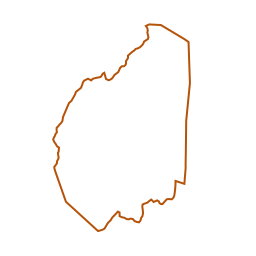 outline of São Tomé, Rio Grande do Norte, Brazil, rotated 164°
{"feature_id": "56859067B14389226349371", "entity_name": "São Tomé", "entity_type": "district", "adm_level": 2, "iso_a3": "BRA", "parent_name": "Brazil", "parent_adm1": "Rio Grande do Norte", "projection": "natural_earth1", "projection_center": [-36.104, -5.997], "detail": "fine", "context": "isolated", "style": "outline", "palette": "amber", "viewbox_px": 256, "rotation_deg": 164, "n_neighbors": 0, "source": "geoboundaries", "source_scale": "gbopen_adm2", "svg_char_len": 1785}
<svg xmlns="http://www.w3.org/2000/svg" viewBox="0 0 256 256"><g transform="rotate(164 128 128)"><path d="M208.0,74.2L199.9,61.1L185.2,37.2L180.7,37.2L178.4,37.7L173.6,42.2L171.4,43.4L170.0,44.2L168.0,46.1L166.6,47.0L164.6,48.1L163.1,49.0L160.8,50.4L159.4,49.2L160.4,45.6L158.4,43.9L156.5,42.9L154.2,40.7L152.4,40.0L150.5,40.2L148.4,39.1L147.3,36.7L145.5,35.3L143.4,34.3L141.5,35.6L140.1,38.0L138.5,39.2L137.8,40.5L137.0,42.0L136.4,45.2L136.0,48.1L135.1,50.4L133.6,50.7L129.9,50.9L128.1,51.8L125.4,52.8L123.7,49.8L120.0,50.4L118.6,49.0L118.4,47.2L117.5,45.9L115.8,45.4L110.4,48.8L108.5,48.5L105.5,47.4L103.6,48.5L102.3,50.0L101.1,52.5L99.6,56.1L98.8,58.2L97.9,60.7L96.9,64.0L89.2,58.8L83.7,73.4L82.4,78.0L79.6,87.1L69.9,119.4L68.9,121.8L56.1,154.1L46.1,194.0L49.2,197.8L68.0,217.9L79.0,221.7L82.7,221.2L81.9,218.7L82.1,216.3L83.1,214.5L83.2,212.7L83.3,209.7L84.4,208.0L88.7,206.7L90.1,204.9L91.4,203.8L93.9,202.5L96.1,201.9L98.8,201.9L100.4,200.9L103.2,199.9L108.1,197.6L108.6,195.4L110.1,194.0L111.6,192.7L112.1,190.6L113.1,189.2L114.8,188.5L117.1,189.0L119.0,187.9L122.0,184.4L123.5,183.8L126.3,182.8L128.1,181.2L129.9,179.9L132.2,179.3L133.6,179.3L135.6,181.2L135.6,187.6L137.3,187.2L139.0,185.5L140.3,184.6L145.4,185.0L148.3,185.0L150.2,183.9L152.9,186.4L157.2,185.6L158.9,184.1L160.2,182.0L162.1,179.6L168.2,177.0L169.0,175.7L170.5,174.0L172.3,172.2L174.9,169.7L177.9,168.2L187.5,156.4L189.0,153.0L190.4,151.6L192.2,150.6L194.6,148.9L196.5,147.9L197.2,145.7L197.6,143.4L199.4,142.2L200.2,140.8L201.9,139.2L203.1,137.5L202.7,134.8L201.9,132.6L201.2,129.8L199.7,128.2L200.5,126.3L201.1,124.5L202.2,123.4L202.6,121.1L202.8,118.7L203.7,117.3L205.3,115.7L206.1,113.6L207.7,112.3L209.6,110.9L209.9,109.2L209.9,107.1L208.0,74.2Z" fill="none" stroke="#b45309" stroke-width="2"/></g></svg>